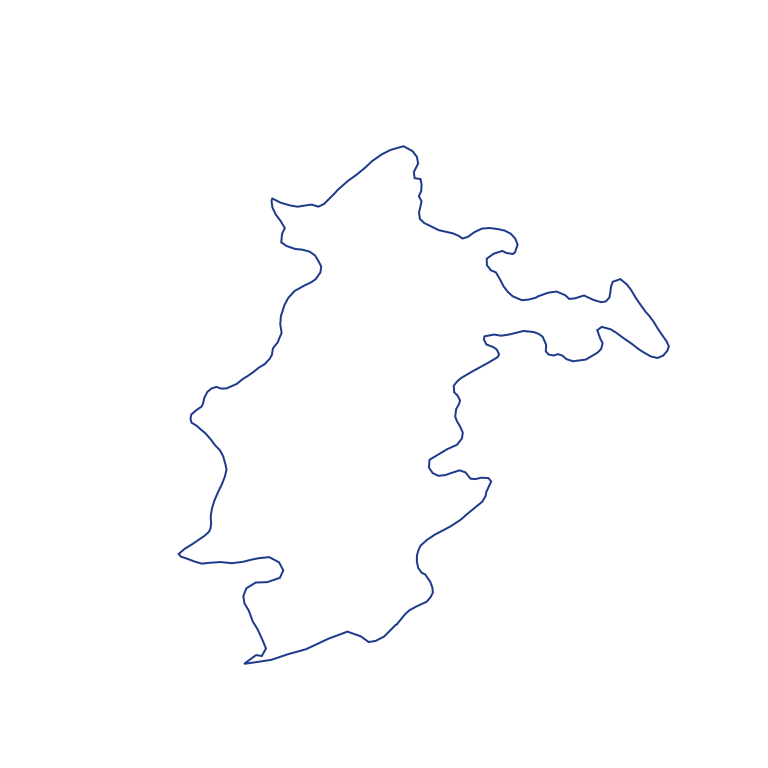 outline of Chachersk, Gomel, Belarus, rotated 149°
{"feature_id": "67162791B26710857863794", "entity_name": "Chachersk", "entity_type": "district", "adm_level": 2, "iso_a3": "BLR", "parent_name": "Belarus", "parent_adm1": "Gomel", "projection": "albers", "projection_center": [30.949, 52.928], "detail": "fine", "context": "isolated", "style": "outline", "palette": "blue", "viewbox_px": 768, "rotation_deg": 149, "n_neighbors": 0, "source": "geoboundaries", "source_scale": "gbopen_adm2", "svg_char_len": 3718}
<svg xmlns="http://www.w3.org/2000/svg" viewBox="0 0 768 768"><g transform="rotate(149 384 384)"><path d="M647.5,344.1L647.1,340.8L641.9,334.6L637.9,329.5L632.8,323.9L625.4,320.5L615.7,315.5L606.6,308.7L596.4,304.2L589.0,302.0L581.1,299.2L571.5,294.7L565.8,285.1L566.3,276.1L573.1,271.5L586.1,274.3L596.3,279.9L607.1,279.8L613.8,274.7L616.6,267.9L616.6,259.4L618.8,248.1L618.7,238.5L620.3,224.9L621.4,218.1L628.8,213.8L633.3,217.5L648.0,216.2L638.2,212.0L622.7,205.6L605.3,201.8L587.3,196.8L562.9,194.3L542.9,190.6L533.9,179.7L530.0,170.7L523.6,168.1L513.9,167.5L498.5,171.4L496.5,171.3L496.2,171.6L484.3,175.9L478.7,176.9L471.5,176.7L459.5,175.4L453.9,177.3L449.7,179.9L447.5,184.2L446.2,190.6L446.8,199.6L448.9,202.6L449.4,208.9L447.3,214.8L444.1,220.1L439.9,223.9L435.9,226.6L427.9,228.2L418.0,228.7L400.4,227.7L387.9,228.2L379.4,229.8L370.1,231.1L360.5,232.5L354.6,235.7L351.7,238.9L347.4,241.8L342.3,245.3L342.9,249.5L348.7,253.5L354.6,255.4L358.6,258.3L359.7,266.3L363.7,271.1L374.1,273.5L378.3,274.3L384.7,277.3L388.2,282.6L388.5,289.3L384.0,295.6L373.2,295.6L363.2,295.6L352.8,294.3L345.2,297.2L341.5,301.8L340.7,308.1L340.6,314.7L339.8,319.3L335.2,325.2L330.2,328.1L327.3,330.6L326.9,336.4L328.1,340.6L325.2,346.5L320.2,348.5L314.7,349.4L302.2,349.3L283.0,348.5L272.6,348.5L270.1,350.1L269.6,355.5L271.3,359.3L275.9,365.2L275.5,370.6L273.4,373.1L264.2,369.7L258.8,365.1L250.8,361.8L237.1,357.6L229.0,351.5L225.5,347.2L223.7,342.7L224.8,334.2L228.5,328.6L227.7,324.5L224.0,321.1L219.5,320.0L216.5,316.5L214.7,311.2L210.2,306.1L201.4,302.3L198.4,301.0L184.8,300.9L179.8,302.2L175.5,306.5L175.4,310.7L173.5,320.3L167.9,320.8L161.5,314.1L158.6,308.5L155.5,301.0L150.7,290.3L148.1,283.4L145.2,277.5L141.2,270.3L136.2,265.5L134.5,265.2L130.0,264.6L124.2,266.5L120.4,269.6L119.8,275.5L120.3,281.4L120.8,291.0L120.8,298.1L121.5,305.7L122.6,311.0L123.3,319.8L123.8,327.3L123.8,337.5L124.5,344.1L127.4,352.2L135.2,353.8L139.2,350.6L142.7,346.1L146.2,342.1L151.3,340.5L155.8,342.4L161.1,348.1L167.0,356.9L176.3,359.1L181.4,361.5L183.0,366.9L188.5,374.4L196.0,377.6L206.7,379.8L209.6,379.8L216.9,382.0L222.7,384.9L228.6,393.0L230.4,399.1L231.2,406.1L230.7,414.1L230.6,422.1L233.8,426.4L234.6,432.9L231.4,438.5L222.8,439.2L214.0,437.1L211.6,433.3L206.5,429.0L203.8,429.5L197.7,434.6L196.6,441.0L197.9,447.5L201.6,453.4L206.7,458.2L213.1,463.3L220.1,466.8L228.4,467.6L235.9,466.9L241.7,468.2L243.9,472.8L247.6,477.9L257.8,487.6L266.6,501.2L268.2,507.1L265.8,512.8L260.4,518.4L257.7,521.3L257.4,527.0L252.8,530.2L249.1,535.5L247.2,540.9L251.7,544.7L249.3,550.3L241.2,555.4L238.8,561.8L239.6,568.8L244.7,577.7L257.5,581.2L267.2,582.0L279.3,581.2L289.0,579.1L300.0,577.5L310.2,576.7L323.3,574.3L328.7,572.7L342.7,569.2L348.9,569.8L353.7,575.1L360.1,577.8L366.8,580.5L372.5,585.4L379.2,592.6L384.2,600.5L385.8,599.3L388.7,593.1L389.5,585.0L388.7,577.6L388.7,568.7L393.9,565.4L399.1,558.4L396.5,552.5L390.6,545.5L384.7,541.1L379.5,535.6L376.9,529.7L376.9,522.7L377.3,517.1L381.0,512.4L388.7,509.0L394.2,508.7L401.2,509.4L412.6,509.8L421.5,507.2L428.5,503.1L437.3,495.4L442.1,488.7L445.4,480.6L453.8,474.4L460.1,472.1L461.5,471.0L465.2,466.6L469.3,464.4L475.9,462.5L482.9,462.5L491.0,461.4L497.9,461.0L502.7,461.0L510.1,459.9L521.1,461.3L525.9,463.9L529.2,467.9L534.4,469.0L539.5,468.2L545.4,464.5L549.1,460.5L552.0,458.6L558.6,458.2L564.9,457.1L567.8,453.8L568.9,450.1L565.9,444.2L564.4,439.1L562.6,434.3L561.1,426.2L560.3,418.2L558.8,411.9L559.1,404.9L561.3,396.8L563.1,391.7L568.2,386.5L574.8,381.4L581.8,376.9L589.1,371.7L595.3,366.2L599.7,361.0L601.5,358.5L603.7,354.0L607.0,349.6L610.3,347.4L616.1,346.3L623.5,345.9L630.4,345.5L635.2,345.4L639.6,345.4L647.5,344.1Z" fill="none" stroke="#1e3a8a" stroke-width="2"/></g></svg>